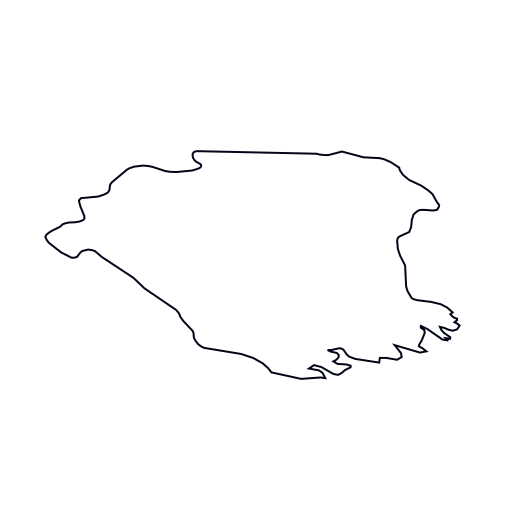 the County of Södermanland, rotated 8°
{"feature_id": "SWE-185", "entity_name": "Södermanland", "entity_type": "County", "adm_level": 1, "iso_a3": "SWE", "parent_name": "Sweden", "parent_adm1": "", "projection": "equal_earth", "projection_center": [16.821, 59.079], "detail": "fine", "context": "isolated", "style": "outline", "palette": "ink", "viewbox_px": 512, "rotation_deg": 8, "n_neighbors": 0, "source": "natural_earth", "source_scale": "10m", "svg_char_len": 2581}
<svg xmlns="http://www.w3.org/2000/svg" viewBox="0 0 512 512"><g transform="rotate(8 256 256)"><path d="M458.6,284.5L457.6,285.5L456.6,286.6L458.3,288.1L460.0,289.1L461.9,289.8L463.9,290.1L463.9,291.8L461.8,294.0L464.5,294.9L467.3,296.5L465.4,300.6L461.4,302.6L457.0,302.2L452.4,301.0L448.0,300.6L450.1,303.7L453.0,306.1L459.7,309.4L459.7,311.0L455.2,311.0L456.7,312.2L458.2,312.9L452.3,312.8L436.1,304.6L429.1,302.3L429.1,304.0L432.9,305.8L433.8,308.6L431.9,316.4L430.1,320.7L429.8,322.6L431.3,323.4L432.9,323.8L438.0,326.7L431.9,328.8L405.8,325.0L413.1,332.0L414.3,335.8L410.2,339.1L399.0,338.8L392.8,339.7L392.8,344.4L368.6,344.1L362.1,342.6L359.7,341.0L355.5,336.5L352.5,335.6L350.0,336.2L343.8,338.6L340.0,339.1L342.9,340.2L349.6,340.8L351.8,342.6L351.8,344.9L350.5,347.0L348.7,348.7L347.3,349.6L351.7,351.5L360.7,350.8L365.0,351.5L365.1,353.1L360.1,356.5L357.0,360.0L353.8,362.3L348.9,362.0L336.3,356.9L328.6,356.0L324.1,360.1L334.3,360.5L338.2,362.5L341.6,367.3L336.8,367.3L317.8,371.4L287.4,369.1L283.9,365.6L277.5,361.3L267.5,357.4L255.1,355.1L217.4,354.2L214.8,353.4L211.2,351.5L207.6,348.1L205.8,345.3L204.8,340.8L203.7,339.0L193.1,330.5L189.9,327.2L187.6,323.4L184.4,320.5L150.1,303.6L137.7,294.7L103.4,278.4L95.9,273.6L92.9,273.0L89.0,273.0L84.7,274.6L82.8,275.6L81.6,277.0L78.8,281.9L76.2,283.0L73.7,283.4L62.4,279.5L49.0,271.7L46.5,269.2L44.7,266.3L45.6,263.9L47.9,261.5L50.7,259.2L57.8,254.4L60.3,251.4L62.9,250.0L66.4,248.8L72.5,247.7L76.7,246.3L79.8,244.5L80.9,242.7L80.4,240.3L75.4,231.7L73.6,227.7L73.0,225.5L74.6,223.1L91.4,219.1L96.5,216.6L100.4,213.9L101.6,211.5L101.7,209.1L101.5,206.8L102.0,204.7L103.5,202.5L116.3,188.4L118.5,186.7L122.8,184.5L131.5,182.2L136.6,181.9L140.8,182.1L154.3,184.5L159.1,184.6L165.6,183.9L180.6,180.3L185.1,178.3L187.8,176.8L188.8,175.6L189.2,174.4L188.9,173.4L188.1,172.7L183.5,170.9L181.8,169.7L180.2,167.8L179.3,165.7L179.1,163.4L180.1,161.7L180.3,161.5L182.8,160.4L301.7,146.3L305.2,146.7L311.1,146.4L314.1,145.8L326.6,140.6L348.7,143.3L365.0,141.9L369.6,142.4L376.1,144.2L384.5,148.1L385.5,148.6L385.8,149.4L386.6,151.2L390.4,155.3L396.9,159.3L410.0,163.4L417.3,167.0L422.1,170.1L427.9,177.7L430.3,180.0L430.2,182.1L428.9,185.0L425.3,186.3L417.6,186.8L413.9,187.2L411.0,188.0L408.8,189.9L406.2,193.0L405.3,198.8L405.6,205.7L404.4,210.9L396.1,216.2L394.3,217.8L393.7,219.6L393.7,222.0L394.7,225.4L395.1,228.1L396.6,231.7L398.9,236.0L405.0,244.7L408.8,264.8L410.1,268.1L411.4,270.3L416.0,276.0L418.0,276.8L421.7,277.3L435.9,277.1L445.5,278.0L452.4,280.4L458.6,284.5Z" fill="none" stroke="#020617" stroke-width="2"/></g></svg>